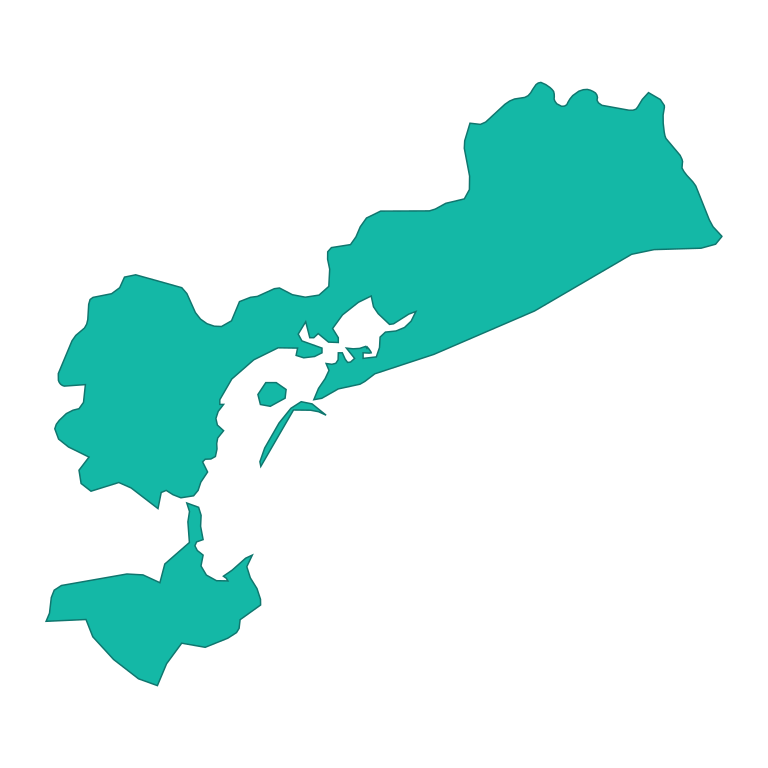 SVG path tracing the border of Venezia
{"feature_id": "ITA-5461", "entity_name": "Venezia", "entity_type": "Province", "adm_level": 1, "iso_a3": "ITA", "parent_name": "Italy", "parent_adm1": "", "projection": "natural_earth1", "projection_center": [12.445, 45.457], "detail": "fine", "context": "isolated", "style": "filled", "palette": "teal", "viewbox_px": 768, "rotation_deg": 0, "n_neighbors": 0, "source": "natural_earth", "source_scale": "10m", "svg_char_len": 3672}
<svg xmlns="http://www.w3.org/2000/svg" viewBox="0 0 768 768"><path d="M721.9,236.3L721.9,236.5L715.6,244.2L701.1,248.2L654.1,249.6L631.6,254.3L534.5,311.0L433.8,354.4L374.8,373.8L364.9,381.4L360.0,384.2L338.3,388.9L321.8,398.3L313.8,399.7L318.5,388.4L325.1,378.7L329.0,370.4L326.1,363.5L331.9,364.3L335.8,363.3L338.1,359.8L338.3,352.8L342.3,352.8L345.2,359.2L347.6,362.4L350.5,362.1L354.6,358.4L346.4,348.1L353.2,348.8L359.6,348.4L365.7,346.4L366.8,348.1L367.2,347.0L369.2,349.3L371.0,352.1L371.2,352.8L369.2,353.1L363.1,352.8L363.1,358.4L376.3,356.9L379.5,347.6L380.1,337.1L385.4,332.1L395.9,331.0L404.5,327.5L411.1,321.2L415.9,311.5L408.8,314.1L393.6,323.8L389.5,324.4L378.2,313.7L373.5,306.8L371.2,296.0L358.4,302.3L342.5,314.9L332.6,328.5L338.3,337.7L338.3,342.5L328.5,342.1L318.2,333.6L313.8,337.7L309.8,337.7L305.7,321.8L298.2,334.1L301.9,340.9L322.0,348.1L322.0,352.8L314.6,356.5L303.7,357.8L296.1,355.4L297.6,348.1L278.1,347.8L253.8,359.8L231.8,379.0L219.8,399.7L219.8,404.4L223.6,404.4L218.2,411.4L215.9,418.5L217.4,425.1L223.6,430.7L217.7,438.0L216.7,443.5L217.0,449.0L215.4,456.5L210.9,459.0L205.2,459.2L202.6,461.9L207.6,472.0L200.8,482.2L198.1,490.4L193.6,495.8L180.9,497.8L173.0,494.7L166.2,490.4L161.2,492.5L158.0,508.6L131.2,488.0L118.8,482.5L91.0,491.2L81.1,483.5L79.0,470.2L89.0,457.1L68.5,447.0L58.6,439.1L54.8,428.8L56.3,424.3L59.3,420.3L66.3,413.6L73.0,410.2L79.0,408.7L83.5,402.4L85.4,384.6L64.2,386.1L62.3,385.4L60.6,384.2L59.3,382.5L58.4,380.3L58.3,373.6L72.0,340.8L75.8,335.4L84.5,328.0L86.7,324.1L87.8,319.5L88.7,304.3L90.1,299.5L93.0,297.4L111.6,293.7L119.7,287.7L124.5,277.1L135.7,274.8L181.8,287.7L186.9,293.6L195.4,312.6L200.5,319.1L207.0,323.7L214.3,326.2L221.5,326.5L231.5,320.8L239.5,301.6L250.5,297.3L257.4,296.4L274.3,288.7L279.5,288.0L292.4,294.7L305.3,297.2L319.0,295.1L328.8,286.4L329.7,269.2L327.6,259.2L327.7,251.8L331.4,247.6L350.5,244.6L356.0,236.8L360.3,226.7L366.5,218.0L380.6,211.1L429.4,210.9L435.2,209.1L445.8,203.3L464.3,198.9L469.4,189.6L469.6,176.1L464.3,148.3L464.7,140.8L470.0,123.2L480.4,124.4L485.6,122.1L504.9,104.3L509.7,101.0L514.5,99.0L524.8,97.4L528.1,95.7L530.7,92.8L532.7,89.4L536.0,84.6L538.2,83.0L540.9,82.4L545.8,84.6L550.1,87.6L552.0,89.4L553.6,91.4L554.2,94.0L554.3,96.7L554.1,99.0L554.9,101.2L556.8,103.8L561.6,106.3L564.5,106.1L566.8,104.7L568.0,102.2L569.9,99.0L572.7,95.6L578.8,91.2L583.3,89.7L587.3,89.4L590.4,90.2L593.2,91.5L595.5,93.0L596.9,95.1L597.5,97.5L597.0,100.2L598.4,102.8L601.9,105.3L628.9,110.2L633.1,110.2L636.0,109.1L637.7,107.0L642.3,99.4L648.5,92.6L660.3,99.5L664.3,105.5L664.4,107.3L663.1,115.1L663.2,123.1L664.2,131.9L664.9,135.6L665.9,138.4L680.1,155.3L682.0,159.3L682.6,161.7L682.4,162.9L682.0,168.0L683.9,171.5L686.8,175.3L692.8,181.8L695.8,186.0L709.3,219.8L713.0,226.7L721.9,236.3ZM187.9,521.9L189.5,511.5L186.8,503.0L198.6,507.3L201.1,515.3L200.6,526.3L203.1,539.6L196.6,541.9L194.9,545.8L197.3,550.5L203.1,555.1L201.0,566.0L206.4,575.1L216.5,580.7L227.9,580.9L226.2,578.1L225.6,577.8L223.4,576.2L232.2,570.1L245.6,558.2L252.3,555.1L246.8,566.7L250.3,577.8L257.0,588.6L260.5,599.3L260.6,605.0L240.1,619.7L239.1,628.4L236.5,632.6L227.8,638.2L205.2,647.3L181.7,643.2L166.6,663.7L157.4,685.6L138.5,678.8L113.6,659.5L92.8,636.8L86.0,619.5L46.1,621.3L49.5,613.2L51.3,597.5L54.2,590.2L61.4,585.5L126.9,574.0L143.0,574.9L159.9,582.7L164.8,564.0L189.4,542.5L187.9,521.9ZM279.1,422.9L290.9,408.3L301.2,401.7L312.1,403.9L326.1,415.2L318.5,411.7L310.5,410.2L293.5,410.0L260.8,466.4L259.9,461.7L264.7,448.0L279.1,422.9ZM265.8,382.6L276.2,382.6L286.1,389.5L285.1,398.2L279.2,401.4L270.3,406.3L260.4,404.5L257.9,394.5L265.8,382.6Z" fill="#14b8a6" stroke="#0f766e" stroke-width="1.5"/></svg>